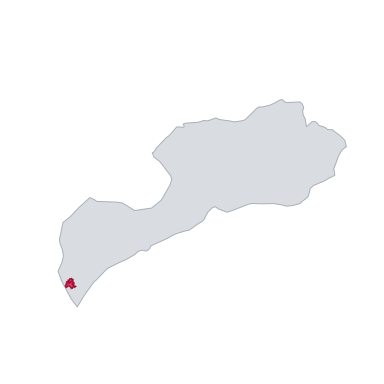 location of Grobiņas pag., Grobinas, Latvia, rotated 330°
{"feature_id": "27541924B17977825120630", "entity_name": "Grobiņas pag.", "entity_type": "district", "adm_level": 2, "iso_a3": "LVA", "parent_name": "Latvia", "parent_adm1": "Grobinas", "projection": "equal_earth", "projection_center": [21.191, 56.5], "detail": "fine", "context": "in_parent", "style": "filled", "palette": "rose", "viewbox_px": 384, "rotation_deg": 330, "n_neighbors": 0, "source": "geoboundaries", "source_scale": "gbopen_adm2", "svg_char_len": 3997}
<svg xmlns="http://www.w3.org/2000/svg" viewBox="0 0 384 384"><g transform="rotate(330 192 192)"><path d="M280.7,256.0L278.4,255.7L272.1,254.0L266.7,251.5L263.4,248.1L257.7,243.5L254.1,241.2L248.3,238.2L238.7,232.2L235.2,230.9L218.5,228.3L212.4,227.1L206.7,220.3L204.8,216.4L202.0,215.7L199.1,216.5L195.8,217.3L188.5,221.9L186.0,222.6L181.4,222.6L170.5,223.6L165.5,222.0L156.9,220.1L152.2,219.8L148.1,219.9L129.7,218.1L126.4,220.0L123.1,220.4L119.7,217.4L115.6,216.5L111.2,217.5L103.0,217.6L93.2,216.7L80.9,215.9L79.0,216.3L65.3,220.3L61.9,220.9L47.0,227.7L35.2,234.1L33.9,223.9L34.6,203.6L36.4,193.6L44.5,187.7L48.6,183.2L50.9,177.2L51.7,171.6L53.3,167.0L65.0,153.9L74.3,152.5L86.8,148.8L100.8,145.8L103.5,149.6L104.9,152.6L122.0,163.3L126.4,166.9L133.1,179.4L149.0,185.7L161.3,183.7L166.7,180.6L176.4,175.0L180.8,170.9L181.6,166.9L179.4,150.0L176.5,142.6L177.3,138.1L179.1,138.3L183.2,136.1L196.8,132.1L199.5,131.9L202.6,131.1L211.2,128.0L214.0,129.6L216.4,131.5L217.7,131.5L218.3,130.8L218.1,129.6L218.6,128.8L221.1,129.3L231.3,134.3L235.2,135.5L237.9,135.8L241.1,138.2L249.7,139.8L250.8,141.0L251.5,142.6L259.8,149.0L263.5,152.3L270.8,155.3L273.9,156.0L286.2,152.9L289.7,151.9L292.5,151.9L295.5,153.5L302.3,155.6L308.4,156.3L309.5,156.1L314.6,156.4L316.5,157.2L317.9,161.3L323.9,164.6L329.4,167.3L330.9,168.6L331.4,171.0L331.2,173.8L330.6,175.3L328.4,177.0L326.7,181.2L326.6,185.3L323.8,192.4L324.6,192.5L331.1,191.2L333.0,192.0L334.5,193.5L335.2,198.0L337.4,200.0L339.8,203.1L340.6,205.6L345.0,208.5L345.4,210.4L348.3,217.0L349.5,220.9L350.1,223.8L349.1,227.6L348.1,230.2L346.8,230.0L343.0,230.7L337.2,233.8L328.6,241.1L326.4,242.7L324.4,248.3L323.8,248.9L318.6,248.6L317.2,248.5L312.0,248.6L300.6,247.1L296.2,248.1L290.7,253.7L288.5,254.6L281.8,255.3L280.7,256.0Z" fill="#d9dde1" stroke="#a8b0b8" stroke-width="1"/><path d="M35.5,211.8L36.4,211.7L36.9,211.6L37.0,211.6L37.6,211.5L37.7,211.4L37.8,211.4L38.6,211.3L38.7,211.5L39.0,212.6L39.0,212.8L39.3,213.6L39.3,213.9L39.6,214.8L39.8,214.9L39.7,215.0L39.8,215.0L39.8,214.9L39.9,215.0L39.9,214.9L40.0,214.9L40.0,215.0L40.0,214.9L40.1,215.0L40.4,215.0L40.5,215.0L40.8,215.0L41.0,214.9L41.4,214.9L41.5,214.9L41.8,214.9L42.0,214.8L41.9,214.8L42.0,214.9L42.3,214.9L42.4,215.0L42.5,215.0L42.5,214.9L42.6,215.0L42.6,214.9L42.6,215.0L42.7,214.9L42.8,215.0L43.0,215.6L43.5,215.6L43.4,215.5L43.6,215.5L43.6,215.0L43.3,215.0L43.3,214.9L43.2,214.9L42.9,214.7L42.7,214.5L42.6,214.2L42.7,213.9L42.5,213.7L42.4,213.6L42.4,213.2L42.4,212.9L42.6,212.9L42.4,212.7L42.5,212.7L42.3,212.5L42.6,212.4L42.5,212.2L42.4,211.9L42.5,211.7L42.6,211.8L42.8,211.7L43.0,211.7L43.2,211.8L43.3,211.9L43.4,212.0L43.5,212.0L43.9,212.1L44.2,211.7L44.3,211.6L44.2,211.4L44.1,211.2L43.9,210.9L43.9,210.7L43.8,210.4L43.7,210.2L43.5,209.8L43.8,209.8L43.8,209.7L44.1,209.7L44.3,209.6L44.3,209.4L44.2,209.3L44.3,209.3L44.2,209.3L44.2,209.2L44.3,209.1L44.5,208.9L44.7,208.7L44.8,208.7L45.0,208.6L44.9,208.3L44.9,208.2L45.0,208.1L44.9,208.0L44.7,208.0L44.4,208.1L44.2,208.0L44.2,207.9L44.0,208.0L44.0,207.9L44.4,207.8L44.4,207.6L44.4,207.4L44.4,207.2L44.3,206.7L44.1,206.7L44.0,206.8L43.9,206.8L43.7,206.7L43.4,206.6L43.2,206.4L43.0,206.2L42.8,206.4L42.5,206.5L41.8,207.0L41.7,207.0L41.2,206.7L41.2,206.8L41.1,207.0L40.6,207.1L40.3,207.1L39.9,207.2L39.7,207.1L39.4,207.2L39.0,207.2L39.2,207.6L39.3,207.6L37.7,208.1L37.5,208.3L37.4,208.4L37.5,208.6L37.7,208.9L37.7,209.1L37.2,209.0L36.8,209.1L36.7,209.1L36.5,209.3L36.2,209.6L35.9,209.7L35.8,209.9L35.5,210.2L35.4,210.5L35.5,210.6L35.4,210.5L35.3,211.0L35.5,211.8ZM40.8,208.6L41.0,208.6L41.5,208.9L41.8,209.1L41.8,209.4L41.7,209.4L41.4,209.4L41.2,209.5L41.2,209.4L40.9,209.3L40.8,209.2L40.7,209.2L40.4,209.2L40.3,209.3L40.3,209.5L40.0,209.5L39.9,209.3L39.8,209.2L39.7,209.1L39.4,209.1L39.2,209.0L39.3,209.0L39.5,209.0L39.7,208.9L39.9,208.9L40.0,208.9L40.0,208.7L39.9,208.4L39.7,208.4L39.6,208.2L39.6,207.9L39.8,207.7L40.1,208.3L40.4,208.4L40.8,208.4L40.8,208.5L40.8,208.6Z" fill="#f43f5e" stroke="#9f1239" stroke-width="1.5"/></g></svg>